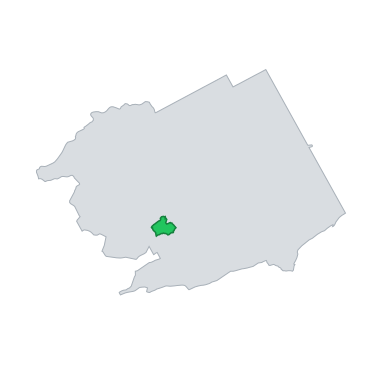 location of Um Rawaba, North Kordufan, Sudan, rotated 61°
{"feature_id": "16777658B38678989817787", "entity_name": "Um Rawaba", "entity_type": "district", "adm_level": 2, "iso_a3": "SDN", "parent_name": "Sudan", "parent_adm1": "North Kordufan", "projection": "equal_earth", "projection_center": [31.53, 13.161], "detail": "fine", "context": "in_parent", "style": "filled", "palette": "green", "viewbox_px": 384, "rotation_deg": 61, "n_neighbors": 0, "source": "geoboundaries", "source_scale": "gbopen_adm2", "svg_char_len": 5745}
<svg xmlns="http://www.w3.org/2000/svg" viewBox="0 0 384 384"><g transform="rotate(61 192 192)"><path d="M247.3,304.5L244.7,304.5L244.4,303.7L244.4,301.4L244.7,299.6L245.7,296.9L245.4,295.4L245.6,293.2L244.9,290.8L238.5,283.7L237.3,281.8L233.8,280.0L234.4,278.0L233.0,263.6L233.7,261.9L233.9,259.4L233.9,257.2L234.7,253.5L234.8,251.9L228.0,251.8L227.9,253.4L228.2,255.2L228.2,255.9L218.8,255.9L222.6,261.6L222.8,264.1L222.6,267.1L222.6,269.1L222.8,270.4L223.8,273.0L223.8,273.4L223.5,274.0L216.9,281.6L215.7,285.1L214.9,286.9L212.9,290.0L206.8,298.1L205.8,298.6L201.2,298.9L200.7,299.1L200.3,299.5L200.1,299.4L196.2,294.6L189.5,288.9L185.0,291.9L183.8,293.0L183.8,295.7L183.1,297.1L181.9,298.7L178.6,299.6L176.9,300.4L174.9,302.0L172.9,304.6L172.8,305.9L173.0,307.1L161.7,307.1L160.9,306.1L159.3,301.8L158.1,302.1L147.8,301.6L146.4,302.1L143.4,303.8L141.9,304.1L140.4,303.3L135.0,294.9L133.9,293.9L132.6,291.9L131.5,291.0L131.1,290.4L131.0,289.5L131.0,287.6L130.7,286.5L129.8,286.2L122.5,288.1L121.5,287.9L119.9,288.3L119.4,288.6L118.8,289.7L118.7,292.0L118.5,293.2L117.9,294.4L115.8,297.3L115.3,298.5L115.4,301.7L115.3,303.3L114.9,304.0L114.0,305.2L113.7,305.9L113.3,309.9L112.2,312.4L111.9,313.2L111.8,315.0L111.6,315.5L108.3,316.9L107.1,317.8L106.3,319.2L106.1,319.8L104.7,319.3L102.9,318.9L99.5,318.5L98.1,317.8L97.5,316.9L97.7,314.4L97.4,313.9L96.8,313.5L96.4,312.4L96.5,311.2L98.4,308.3L98.8,306.8L99.3,299.8L99.2,297.6L97.8,293.7L94.5,286.8L93.7,285.5L89.7,279.9L89.2,279.0L88.2,276.7L89.4,271.5L89.4,270.0L89.2,268.5L88.1,267.4L87.2,267.3L86.0,265.9L85.2,265.3L84.5,264.1L84.1,262.4L84.5,256.3L84.3,255.4L83.2,255.2L83.0,254.8L83.0,253.6L82.5,250.1L81.9,247.2L82.2,245.7L81.4,243.5L79.7,242.6L76.4,243.3L75.4,243.2L74.7,242.8L74.2,242.0L74.0,241.0L74.2,239.6L75.2,237.0L76.4,234.9L78.8,232.9L79.4,231.9L79.8,230.8L79.9,229.5L79.8,228.1L79.5,226.8L78.8,225.1L78.2,223.2L78.2,221.8L78.5,220.9L79.2,219.7L81.6,217.5L84.0,215.6L84.4,215.0L84.3,214.2L83.2,212.7L82.9,209.7L82.3,207.6L83.5,206.0L84.4,205.5L85.9,205.0L86.4,204.4L86.6,203.1L86.6,201.9L87.1,201.0L87.8,199.1L88.4,198.3L90.2,196.0L90.6,194.6L90.8,193.2L90.3,189.0L91.4,187.3L92.8,185.8L94.7,185.9L97.8,185.6L99.8,185.0L101.3,185.0L104.6,185.8L105.0,185.5L105.1,184.4L106.3,105.2L120.0,105.2L120.7,68.1L206.7,68.1L207.4,67.9L208.8,64.5L209.3,64.2L210.2,64.4L210.5,65.2L209.8,68.1L284.9,68.0L285.1,72.3L285.7,75.6L287.9,80.5L289.8,83.1L290.4,84.5L290.5,85.2L290.4,85.8L289.9,85.1L288.9,84.6L288.8,86.9L289.3,91.5L290.1,94.8L289.6,97.8L289.8,102.9L290.8,109.0L290.7,112.9L292.3,122.1L293.9,127.2L294.8,128.4L295.7,129.1L297.6,129.5L300.3,132.1L302.4,134.9L303.2,136.3L304.3,137.9L305.0,137.6L305.4,137.2L306.1,138.5L309.5,141.2L310.0,142.5L308.8,143.7L307.5,145.9L306.8,147.9L306.4,148.5L305.3,149.8L305.2,150.4L304.7,150.8L304.1,150.8L303.0,151.5L302.0,151.2L300.9,151.6L300.5,152.1L299.7,152.5L298.6,152.7L296.9,154.4L295.3,155.3L294.8,155.9L294.1,159.3L293.5,160.2L291.2,160.3L290.1,160.6L288.6,160.2L287.9,160.2L287.7,161.0L287.4,163.9L287.5,165.1L286.2,168.4L286.7,174.6L285.5,179.3L285.3,180.3L284.1,184.0L283.5,185.4L281.9,192.3L281.3,194.4L280.0,196.6L281.5,213.2L280.4,218.3L280.5,221.0L279.7,225.1L279.1,227.0L278.1,229.3L277.3,231.9L276.5,235.3L276.1,241.7L275.8,242.2L271.8,243.0L270.5,243.5L269.7,244.2L268.6,245.8L266.6,250.3L265.5,253.1L263.8,256.9L261.9,259.6L261.4,260.9L261.1,263.3L260.4,267.1L259.8,269.8L259.9,272.0L259.3,275.9L259.4,277.7L258.7,278.7L257.7,279.7L257.1,280.0L254.3,277.4L252.3,279.2L251.1,281.6L250.1,284.1L250.7,289.4L250.6,290.6L250.3,291.8L248.5,297.0L247.9,299.4L247.4,303.5L247.3,304.5Z" fill="#d9dde1" stroke="#a8b0b8" stroke-width="1"/><path d="M213.3,244.6L213.2,244.2L213.2,243.9L213.2,243.5L213.2,243.4L213.1,243.2L213.1,242.8L213.1,242.7L213.1,242.4L213.3,241.8L213.3,241.7L213.5,241.3L213.5,241.0L213.5,240.8L213.4,240.7L213.4,240.4L213.4,240.0L213.4,239.9L213.4,239.7L213.4,239.4L213.5,239.2L213.6,238.8L213.7,238.5L213.7,238.4L213.8,238.2L214.0,238.0L214.1,237.9L214.1,237.7L214.0,237.3L214.0,237.2L214.1,236.8L214.4,236.5L214.5,236.5L214.7,236.4L214.9,236.2L215.0,236.0L215.3,235.6L215.4,235.4L215.6,235.0L215.8,234.9L216.6,234.4L217.0,234.1L217.4,234.0L217.7,234.0L218.0,233.3L218.1,233.0L218.1,232.8L218.0,232.3L218.0,232.1L217.9,231.9L217.9,231.7L217.7,231.2L217.6,230.1L217.5,229.8L217.6,229.7L218.0,229.3L218.1,229.1L218.1,228.8L218.1,228.7L218.1,228.4L218.2,228.1L218.3,228.0L218.1,227.8L218.0,227.6L217.7,227.6L217.3,227.5L217.2,227.3L217.1,227.1L217.1,226.9L217.1,226.7L216.9,226.2L216.7,226.0L216.6,225.9L216.4,225.7L216.2,225.4L216.0,225.2L215.9,224.9L215.9,224.7L215.8,224.3L215.7,224.2L215.6,223.8L215.6,223.6L215.5,223.4L215.4,223.3L215.2,223.4L214.4,223.5L213.5,223.8L213.3,223.8L212.0,224.0L211.4,224.2L210.1,224.7L209.4,224.6L208.7,225.8L208.3,225.7L208.2,226.0L208.0,226.7L208.1,228.1L207.7,229.7L206.1,229.9L205.1,228.8L204.3,228.0L203.8,227.4L202.6,227.5L202.4,228.4L201.2,227.5L200.5,227.3L200.4,228.3L199.7,228.5L199.5,228.8L199.2,229.6L198.9,230.7L199.1,231.2L199.2,231.4L199.6,232.4L199.7,232.5L200.5,232.4L201.5,233.7L201.4,234.0L201.3,234.7L201.3,234.9L201.3,235.0L201.2,235.3L201.3,235.7L201.4,236.6L201.6,237.8L201.8,239.2L202.0,240.2L202.0,241.4L202.2,241.7L202.5,243.3L203.1,244.4L203.2,244.6L203.3,244.6L203.5,244.4L203.5,244.5L203.9,244.6L204.1,244.5L204.3,244.5L204.5,244.4L205.0,244.3L205.2,244.2L205.3,244.2L205.5,244.3L205.9,244.4L206.1,244.5L206.4,244.4L206.5,244.4L207.1,244.3L207.5,244.2L207.9,244.1L208.1,244.0L208.4,243.8L208.7,243.7L209.0,243.7L209.5,243.6L209.8,243.5L210.2,243.6L210.3,243.7L210.5,243.7L211.0,243.9L211.3,244.0L211.8,244.2L212.0,244.2L212.1,244.3L212.3,244.3L212.5,244.4L212.9,244.5L213.0,244.6L213.3,244.6Z" fill="#22c55e" stroke="#15803d" stroke-width="1.5"/></g></svg>